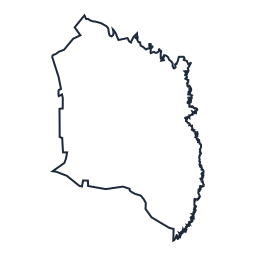 La Libertad, Chiapas, Mexico (Equal Earth projection)
{"feature_id": "50627088B29300823202402", "entity_name": "La Libertad", "entity_type": "district", "adm_level": 2, "iso_a3": "MEX", "parent_name": "Mexico", "parent_adm1": "Chiapas", "projection": "equal_earth", "projection_center": [-91.682, 17.601], "detail": "fine", "context": "isolated", "style": "outline", "palette": "slate", "viewbox_px": 256, "rotation_deg": 0, "n_neighbors": 0, "source": "geoboundaries", "source_scale": "gbopen_adm2", "svg_char_len": 5912}
<svg xmlns="http://www.w3.org/2000/svg" viewBox="0 0 256 256"><path d="M173.3,240.6L174.2,240.2L174.5,239.2L175.4,238.5L176.0,236.7L176.7,236.7L176.5,235.7L176.7,235.2L177.1,235.4L177.0,235.9L177.6,237.3L177.4,238.4L177.7,238.9L178.3,238.6L178.0,236.7L178.8,237.4L179.6,236.8L180.1,237.1L180.4,235.7L180.3,235.3L179.5,235.3L179.7,234.1L179.3,233.2L180.1,233.7L180.5,234.9L180.9,234.7L180.9,234.0L180.3,232.7L181.4,231.8L181.9,233.1L182.4,233.2L183.0,229.8L183.6,231.4L184.0,231.7L184.5,231.4L184.6,230.2L185.2,231.2L185.0,231.6L185.6,231.8L186.1,230.3L185.7,229.8L186.2,229.3L185.6,228.9L185.7,228.3L185.9,227.5L186.4,227.9L187.1,226.6L186.8,225.3L187.8,226.0L188.9,225.9L188.8,224.7L187.9,224.7L188.6,223.9L189.5,224.3L189.0,223.4L189.2,221.9L189.6,221.9L190.1,222.7L191.1,221.2L191.7,221.8L192.4,221.1L192.5,219.7L191.8,218.9L191.4,219.5L191.1,219.0L192.0,218.2L191.4,218.1L190.8,217.5L191.4,216.8L192.6,216.6L193.2,218.2L193.7,218.4L193.6,216.1L193.4,215.8L192.7,215.9L192.9,214.7L192.2,214.1L193.8,214.1L194.0,213.4L193.4,213.4L193.4,212.2L194.0,211.5L194.8,211.6L195.0,210.6L195.3,211.1L195.6,210.5L195.6,210.2L194.8,210.2L194.9,209.4L194.0,209.8L193.8,209.5L194.4,208.2L195.1,208.2L195.1,207.8L194.5,207.2L194.9,206.7L195.5,207.4L196.0,206.6L195.8,206.0L194.5,205.3L194.3,204.7L194.5,202.8L194.3,200.9L194.5,200.5L195.1,200.5L194.4,199.2L194.8,198.9L195.4,199.3L197.1,199.1L197.4,199.6L197.7,199.2L198.1,199.3L198.5,198.2L199.0,198.2L199.0,197.3L199.8,196.9L199.8,196.2L198.3,193.0L198.3,192.0L199.3,191.1L198.5,190.1L198.6,189.5L199.1,189.2L199.9,190.2L200.7,189.0L199.9,187.2L200.2,186.0L200.8,186.0L201.8,186.9L202.7,186.4L203.1,185.7L203.6,185.9L203.8,184.7L203.2,183.8L202.9,182.5L202.1,181.9L202.7,181.6L202.4,180.4L201.8,179.7L201.1,179.8L200.9,179.5L201.8,178.8L200.9,179.0L200.7,178.7L201.9,178.5L202.9,177.7L202.7,177.4L201.9,177.4L202.5,176.3L202.1,175.5L202.2,175.0L203.2,175.9L203.5,175.7L202.9,173.7L202.3,173.8L202.1,174.8L201.5,174.0L202.2,172.8L203.4,173.0L203.5,171.0L202.9,169.8L201.6,169.7L201.5,169.1L201.9,168.3L201.8,167.7L201.2,167.3L201.4,165.8L201.2,165.6L200.9,166.8L200.4,166.9L199.9,165.9L200.2,165.2L199.5,164.6L200.1,162.0L199.3,161.1L199.7,159.5L199.2,157.4L199.4,156.0L199.9,155.6L199.9,154.3L201.0,153.6L200.7,152.6L199.8,152.0L200.3,150.7L199.8,149.5L200.7,148.1L201.1,146.5L200.9,144.4L199.8,143.8L199.3,141.4L198.8,142.1L198.1,142.1L198.2,141.4L198.8,140.4L198.7,139.9L197.6,138.9L197.2,139.8L196.8,139.3L197.0,138.3L196.4,137.9L196.1,137.1L195.6,137.0L196.3,136.3L197.4,135.9L197.0,135.1L196.2,135.7L195.8,135.6L195.7,135.1L196.0,134.1L197.4,134.2L197.7,133.9L197.2,133.0L197.2,132.2L196.2,132.5L196.2,133.5L195.3,133.5L195.5,132.2L194.2,131.5L194.3,130.2L193.2,130.5L192.9,129.5L192.0,129.9L191.8,129.7L192.4,128.2L191.9,126.9L192.0,125.8L191.4,126.0L190.8,125.8L190.1,124.9L189.4,125.1L189.7,123.8L189.5,123.5L187.9,122.9L187.2,121.8L186.0,121.2L186.0,119.4L186.9,119.4L187.0,118.8L186.6,119.0L185.9,118.0L185.3,118.3L185.1,118.1L185.4,117.6L187.1,117.3L187.7,116.8L189.4,118.0L189.3,115.4L190.1,115.5L190.9,115.0L192.4,114.8L192.6,114.7L192.4,114.0L193.3,113.7L192.4,111.6L193.4,112.1L194.0,111.9L193.7,112.6L194.0,113.3L194.4,113.2L195.1,112.2L195.4,113.0L195.9,113.2L196.2,111.9L195.5,110.5L196.7,110.4L197.3,109.7L197.1,109.0L195.8,108.1L193.9,108.1L192.6,106.3L192.3,106.4L192.4,107.2L191.8,107.2L191.2,106.4L190.2,106.5L189.9,106.1L189.6,106.8L189.3,106.7L189.3,106.1L189.6,105.7L189.5,104.7L188.8,103.5L187.7,103.1L187.5,102.4L187.8,101.9L189.6,103.1L190.7,102.3L190.0,101.2L191.1,100.7L191.0,100.2L189.2,101.2L188.7,101.1L188.9,100.1L188.6,98.9L190.0,99.9L190.9,99.4L191.1,98.6L190.1,98.1L189.8,97.6L191.7,97.8L191.5,96.2L192.0,95.4L189.9,94.6L189.8,94.2L190.2,92.8L190.0,92.5L188.6,94.5L188.2,94.4L188.6,92.8L188.4,92.1L188.7,91.7L189.5,91.9L189.6,91.5L189.5,89.3L190.3,90.0L190.1,91.0L190.4,91.6L191.0,90.7L191.2,89.7L191.0,88.4L189.6,86.0L189.3,85.8L188.3,86.6L187.6,86.3L187.3,84.9L187.7,84.0L187.0,83.1L188.2,82.0L188.3,80.0L187.1,79.8L185.3,78.7L185.6,78.2L186.7,78.0L187.0,76.8L186.4,75.6L186.5,74.7L185.5,75.3L185.1,75.1L185.8,73.4L186.5,74.2L187.0,73.9L187.2,72.3L185.5,72.2L184.6,71.3L186.5,71.1L188.0,71.9L188.5,70.5L187.8,68.2L188.8,66.9L190.8,63.1L190.4,62.9L189.4,64.0L188.3,64.3L186.8,60.9L183.7,59.8L184.5,58.1L183.7,56.8L179.1,56.8L178.7,57.2L177.9,60.6L176.6,63.9L175.9,63.7L175.1,64.6L175.6,67.3L174.3,68.4L173.7,68.3L172.6,66.1L172.7,63.6L171.3,61.4L169.2,59.8L167.9,57.0L165.9,55.5L164.0,55.2L163.8,55.5L164.0,56.7L163.8,57.1L162.8,57.1L162.4,57.5L163.4,58.8L163.9,60.2L161.2,60.7L161.8,59.0L161.7,58.6L160.8,58.4L160.7,57.8L160.7,53.7L161.2,51.5L160.9,50.8L160.0,50.4L159.3,49.3L158.9,49.5L158.9,51.4L156.6,52.8L155.6,52.9L153.7,51.8L150.9,53.2L150.6,52.8L150.6,51.6L150.8,48.9L152.5,46.9L152.5,46.5L152.2,46.4L150.6,47.4L150.0,47.1L150.0,46.5L150.8,44.8L150.6,44.0L149.4,44.0L149.2,44.8L149.6,48.4L147.5,48.6L146.0,49.5L143.2,47.0L140.6,45.6L140.1,42.5L139.7,42.1L138.5,42.2L137.4,40.2L137.6,38.0L136.5,38.6L135.4,37.7L135.5,37.3L136.2,37.4L137.2,36.7L137.0,33.4L133.5,36.9L131.4,41.2L131.0,42.5L129.4,41.5L128.6,40.4L128.0,38.7L127.4,38.1L118.5,40.0L116.5,35.5L116.2,34.1L113.8,30.3L112.9,29.4L113.5,32.1L113.3,34.8L111.6,36.4L110.4,35.9L109.7,35.3L109.0,33.6L108.2,28.3L106.6,26.3L100.9,23.1L95.4,21.6L92.7,21.3L89.8,20.2L88.0,18.8L86.2,19.1L84.4,15.4L74.7,27.4L80.4,35.3L73.2,38.7L64.0,49.8L58.9,51.7L55.6,54.1L53.3,54.9L52.5,55.7L52.2,56.9L58.6,77.0L61.0,89.0L58.9,89.9L58.5,91.0L58.5,94.7L58.8,96.1L62.0,94.4L62.8,98.3L62.7,108.5L59.5,108.8L59.7,137.1L62.2,137.9L63.0,152.4L67.1,152.4L66.0,158.6L64.3,163.0L52.7,171.2L56.4,171.8L66.8,175.8L79.4,185.9L81.9,186.5L83.1,180.5L87.9,180.6L88.1,186.0L105.1,189.0L106.6,189.0L122.9,186.6L129.6,188.8L129.8,190.6L131.6,192.0L135.1,193.9L140.8,195.6L143.8,199.3L145.8,203.0L145.5,208.9L151.5,217.3L169.1,227.8L173.6,229.0L173.3,240.6Z" fill="none" stroke="#1e293b" stroke-width="2"/></svg>